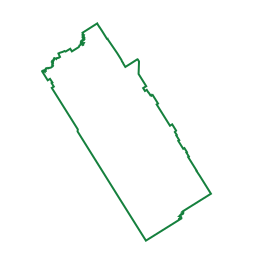 Koorda, Western Australia, Australia, rotated 148°
{"feature_id": "25037944B75420720277181", "entity_name": "Koorda", "entity_type": "district", "adm_level": 2, "iso_a3": "AUS", "parent_name": "Australia", "parent_adm1": "Western Australia", "projection": "mercator", "projection_center": [117.388, -30.604], "detail": "fine", "context": "isolated", "style": "outline", "palette": "green", "viewbox_px": 256, "rotation_deg": 148, "n_neighbors": 0, "source": "geoboundaries", "source_scale": "gbopen_adm2", "svg_char_len": 4425}
<svg xmlns="http://www.w3.org/2000/svg" viewBox="0 0 256 256"><g transform="rotate(148 128 128)"><path d="M91.0,90.5L91.0,96.1L90.3,96.2L90.4,99.8L89.5,100.0L88.6,100.3L88.6,107.7L91.2,107.7L91.2,132.8L89.6,132.8L89.6,142.9L90.9,142.9L90.9,143.9L91.7,143.9L91.7,145.6L91.7,147.0L91.8,147.1L91.9,147.3L91.9,147.5L91.9,150.4L94.0,150.4L94.0,153.8L90.4,153.8L90.4,168.2L83.6,178.3L83.5,178.6L83.4,178.7L83.4,181.0L83.5,181.2L83.6,181.3L92.6,181.2L97.9,181.2L97.9,185.1L97.7,185.6L97.8,187.7L97.7,188.2L97.5,189.2L97.5,197.2L98.2,214.3L98.1,214.5L98.6,214.7L98.6,223.4L98.7,228.8L98.8,228.8L98.8,229.9L98.8,232.1L98.7,233.0L116.1,232.9L116.3,231.6L117.0,231.3L117.1,231.0L117.1,230.7L117.2,230.8L117.3,230.9L117.4,230.7L117.1,230.5L117.0,230.4L116.9,230.3L116.6,230.4L116.4,230.3L116.3,230.2L116.5,230.1L116.9,230.0L117.0,230.0L117.0,229.9L116.7,229.6L116.7,229.3L116.8,229.2L117.0,229.2L117.1,229.4L117.3,229.4L117.6,229.3L117.8,229.4L117.9,229.5L118.0,229.5L118.2,229.3L118.1,229.2L117.4,228.8L117.3,228.7L117.5,228.3L118.0,228.3L118.2,228.5L118.3,228.5L118.5,228.4L118.4,228.1L118.0,228.0L117.9,227.8L117.8,227.7L117.8,227.8L117.6,227.9L117.4,227.9L117.3,227.7L117.7,227.5L117.8,227.3L118.0,227.3L118.4,227.5L118.5,227.6L118.6,227.4L118.4,227.2L118.0,226.9L117.9,226.7L118.0,226.5L118.2,226.4L118.4,226.4L118.5,226.4L118.6,226.6L118.8,226.7L118.7,226.9L118.8,227.0L118.9,226.9L119.0,226.9L118.9,226.7L118.7,226.4L118.7,226.2L118.8,226.0L119.0,225.9L119.3,225.9L119.7,226.1L120.0,226.1L119.9,226.3L119.9,226.5L120.0,226.5L120.1,226.4L120.4,226.3L120.7,226.4L121.0,226.5L121.3,226.6L121.4,226.4L122.2,226.1L122.4,226.0L122.5,225.8L122.3,225.5L122.3,225.4L122.7,225.1L122.9,225.0L123.0,225.0L123.1,224.9L122.9,224.7L122.7,224.6L122.6,224.4L122.5,224.5L122.4,224.7L122.2,224.6L121.9,224.7L121.7,224.7L121.5,224.4L121.3,224.3L121.3,224.2L121.4,223.7L121.4,223.3L121.3,223.2L121.1,223.3L120.8,223.4L120.7,223.5L120.5,223.4L121.0,223.1L121.9,222.5L122.0,222.3L122.3,222.3L122.3,222.5L122.4,222.8L122.5,222.9L122.4,222.9L122.1,222.9L122.2,223.2L122.3,223.3L122.5,223.3L122.5,223.2L122.6,223.3L122.8,223.4L123.0,223.5L122.8,223.8L122.9,224.0L122.9,223.9L123.0,223.8L123.5,223.9L124.4,223.7L125.5,223.7L126.1,223.2L126.5,222.9L126.8,222.8L127.0,222.7L135.0,222.7L135.0,225.8L140.4,225.9L140.6,226.1L141.0,226.9L143.2,227.2L145.4,227.8L147.5,228.1L147.7,227.0L148.0,224.3L148.3,224.3L148.5,224.3L149.1,224.4L149.5,224.2L151.3,225.0L151.8,225.0L152.1,224.9L152.3,224.7L152.6,225.4L152.6,225.2L153.3,225.7L153.2,226.0L153.3,226.3L153.2,227.0L153.7,226.2L154.4,225.8L154.4,225.4L154.7,225.0L155.2,224.8L156.0,225.2L156.6,225.2L156.8,225.0L156.6,224.7L156.3,224.6L156.5,224.2L156.4,223.9L156.5,223.8L157.0,223.9L157.1,223.4L157.5,223.6L157.4,223.1L157.5,222.9L157.7,222.7L158.1,222.8L158.2,222.6L157.7,222.2L157.9,222.0L158.0,221.9L158.2,222.0L158.5,221.9L158.5,221.7L158.8,221.6L158.7,221.4L158.6,220.6L158.9,220.5L159.4,220.6L159.5,220.5L159.5,220.2L161.4,220.1L162.0,220.3L162.9,220.7L163.2,220.7L163.8,221.2L164.0,221.0L164.3,221.3L164.8,221.4L165.4,221.9L165.7,221.8L166.0,222.0L166.4,221.8L166.2,221.7L166.3,221.4L166.8,221.2L167.1,220.9L167.4,220.2L167.5,220.3L168.0,220.2L168.2,220.3L168.6,220.8L168.3,221.2L168.0,221.1L167.9,221.2L168.4,221.5L169.0,221.5L169.1,221.4L168.8,221.0L169.0,220.9L169.2,221.0L169.3,221.0L169.3,220.6L169.5,220.9L169.4,221.6L170.0,221.8L170.6,221.8L170.8,221.6L170.8,216.8L170.8,213.4L170.8,211.0L168.1,211.0L168.0,206.6L169.0,206.6L169.0,202.4L171.4,202.4L171.3,153.4L172.6,151.8L172.6,70.8L172.5,23.0L131.4,23.0L131.6,23.3L131.8,23.3L132.2,23.6L132.7,23.7L133.0,23.8L132.9,23.9L132.0,23.7L131.9,23.7L131.9,23.8L132.1,23.9L131.9,23.9L131.5,23.6L131.3,23.5L131.1,23.5L130.8,23.5L130.6,23.6L130.4,23.8L130.1,24.0L130.1,24.3L130.2,24.6L130.6,25.0L130.8,25.1L131.1,25.6L130.9,25.7L130.6,25.6L130.4,25.6L130.4,25.8L130.6,25.9L131.1,25.9L131.2,26.0L130.3,26.1L130.1,26.1L130.4,26.2L130.4,26.3L130.2,26.4L129.9,26.2L129.3,26.5L129.1,26.4L128.8,26.5L128.6,26.5L128.4,26.7L128.4,26.4L128.1,26.5L128.1,26.3L127.8,26.2L128.1,26.5L128.0,26.8L127.9,26.8L127.8,26.6L127.7,26.2L127.4,26.0L127.2,26.0L126.7,26.2L126.1,26.6L126.0,26.9L125.9,27.1L126.1,27.4L126.1,27.7L126.2,27.9L126.2,28.2L125.1,28.2L125.1,28.3L118.7,28.3L92.5,28.3L92.5,34.2L92.5,47.8L92.5,49.5L92.7,55.3L92.4,55.3L92.4,71.5L91.5,71.5L91.5,76.3L90.8,76.3L90.8,81.1L92.2,81.1L92.2,90.5L91.0,90.5Z" fill="none" stroke="#15803d" stroke-width="2"/></g></svg>